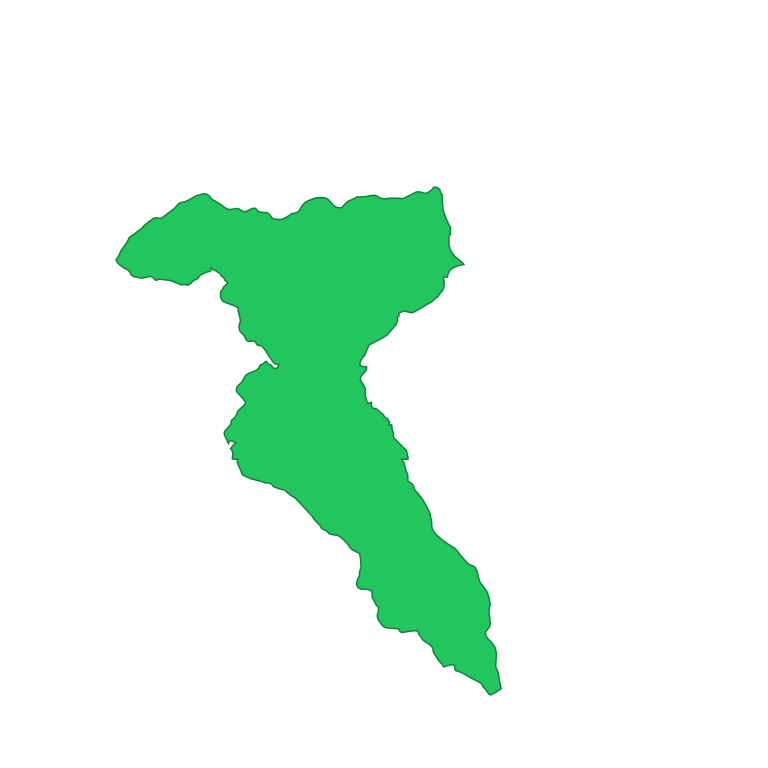 outline of Sativasur, Boyacá, Colombia, rotated 221°
{"feature_id": "7082276B82501132437521", "entity_name": "Sativasur", "entity_type": "district", "adm_level": 2, "iso_a3": "COL", "parent_name": "Colombia", "parent_adm1": "Boyacá", "projection": "mercator", "projection_center": [-72.718, 6.063], "detail": "fine", "context": "isolated", "style": "filled", "palette": "green", "viewbox_px": 768, "rotation_deg": 221, "n_neighbors": 0, "source": "geoboundaries", "source_scale": "gbopen_adm2", "svg_char_len": 6167}
<svg xmlns="http://www.w3.org/2000/svg" viewBox="0 0 768 768"><g transform="rotate(221 384 384)"><path d="M475.6,565.1L475.4,561.8L475.9,559.2L477.0,556.2L478.3,554.7L483.0,552.5L485.5,550.3L490.7,537.6L491.6,536.1L496.7,532.3L500.9,528.6L504.1,525.1L507.0,522.7L509.8,521.5L512.9,521.1L514.8,520.3L517.4,517.8L520.9,513.2L527.1,507.3L527.8,505.9L528.3,504.1L531.0,498.4L531.5,494.7L531.6,489.6L532.3,488.5L534.7,486.7L537.1,485.9L540.0,485.8L546.2,486.6L548.0,486.5L550.6,485.9L555.7,481.6L557.6,479.7L561.8,471.9L562.6,469.7L562.7,464.8L561.7,458.6L562.0,457.2L563.5,454.2L565.4,452.3L566.6,447.4L567.9,443.6L569.1,441.3L570.7,439.7L575.5,436.1L577.4,436.0L581.7,436.8L584.0,436.8L584.9,436.5L589.9,432.5L592.4,431.7L593.3,431.7L594.9,432.2L596.6,432.1L597.8,431.1L598.7,429.7L601.2,424.0L602.5,422.3L604.1,421.6L608.8,420.9L610.6,419.5L614.7,414.6L615.8,413.9L618.1,413.0L620.3,412.6L623.6,412.5L631.4,411.4L634.6,410.4L638.6,411.2L641.0,411.2L642.7,410.8L644.1,410.0L645.1,409.0L649.0,403.3L651.9,395.3L654.0,390.4L655.1,389.5L657.0,386.5L657.3,385.1L657.3,379.9L657.6,378.0L660.2,365.1L661.0,363.2L661.6,362.1L664.2,360.6L665.2,359.7L666.4,358.2L667.0,356.5L669.0,346.8L668.9,343.6L669.3,340.7L670.1,338.1L670.7,333.6L671.7,330.6L672.3,327.7L671.0,322.8L670.0,312.4L668.0,305.6L667.8,302.0L664.7,300.7L663.0,300.5L656.5,300.9L652.8,301.9L651.3,302.1L649.1,301.6L646.4,300.5L644.8,300.5L642.6,301.2L637.2,304.3L635.8,305.4L633.2,308.7L631.9,311.0L630.0,312.4L627.3,313.0L625.5,312.4L624.6,312.5L623.9,312.9L622.5,315.4L621.3,316.5L613.0,322.0L602.0,325.8L598.9,329.0L597.5,329.3L596.6,330.5L596.6,331.3L596.0,331.9L595.4,337.9L593.9,340.4L593.9,345.3L593.7,346.6L591.4,351.9L589.2,354.8L589.5,356.6L590.6,358.4L587.8,358.2L585.7,359.1L582.6,359.2L580.5,359.6L579.5,359.6L577.8,358.9L574.8,359.1L572.1,357.9L568.4,358.1L568.4,353.8L568.7,352.5L567.8,348.6L567.9,346.4L565.1,343.2L563.1,341.7L561.7,341.1L559.2,340.7L549.0,344.6L544.9,345.7L543.9,345.8L542.5,343.9L534.3,338.0L533.4,336.9L532.0,333.6L531.1,332.2L529.0,330.3L527.2,329.3L520.7,328.6L517.1,326.9L515.6,326.9L514.2,327.2L510.3,331.2L509.0,331.2L504.8,330.4L501.6,332.5L501.0,332.5L496.5,331.8L488.5,329.4L481.0,327.6L478.6,328.1L476.2,329.7L475.0,326.8L475.3,325.5L476.6,324.1L478.4,323.5L482.2,324.1L483.7,323.1L484.3,323.0L485.7,323.6L487.9,323.8L488.5,321.8L488.2,319.9L489.9,317.3L489.0,314.1L489.2,311.3L490.8,307.3L492.8,304.2L494.0,300.1L493.9,298.5L492.6,292.6L493.1,286.0L492.3,284.0L491.6,282.6L490.7,281.6L480.6,280.4L477.2,279.5L476.1,278.9L475.7,276.3L476.6,267.5L475.4,265.0L474.7,261.5L475.2,256.1L473.6,253.7L473.1,252.0L473.3,243.8L472.1,241.7L470.4,240.6L462.3,237.0L463.0,239.3L462.3,240.7L461.8,241.1L457.0,242.5L457.6,238.8L457.5,234.7L457.0,234.4L455.6,234.6L454.5,233.6L452.8,232.9L449.5,228.1L448.6,228.2L445.1,231.2L443.5,228.8L442.3,228.0L434.8,224.5L432.3,222.9L429.8,222.8L422.4,225.1L412.0,230.3L409.3,231.1L405.2,234.3L402.7,234.5L400.2,234.1L398.5,234.5L393.8,236.4L389.8,238.7L381.7,238.7L376.1,239.7L358.6,237.9L356.4,237.5L352.4,237.3L347.8,236.0L342.0,235.4L340.0,235.4L336.1,234.1L333.4,234.6L330.9,235.5L327.3,235.0L324.5,236.2L320.1,239.1L318.4,239.6L316.1,239.9L309.4,239.8L307.4,239.6L302.6,238.3L298.9,238.1L291.5,240.0L290.5,239.5L286.0,235.7L281.1,230.6L279.2,226.2L276.9,223.3L275.9,219.8L274.7,216.9L272.7,214.4L270.6,213.5L268.7,213.5L267.5,213.8L265.7,214.9L262.0,217.9L259.5,219.2L258.1,219.6L255.5,218.2L252.7,215.1L249.4,213.9L246.4,212.5L242.3,211.7L241.4,211.3L239.6,209.5L237.4,205.1L235.5,203.3L233.1,202.1L226.4,200.6L224.1,200.8L222.2,201.5L213.1,208.3L211.7,208.7L210.0,207.8L209.2,207.7L207.5,208.1L201.0,215.9L199.3,217.6L197.1,219.3L196.2,219.5L193.1,217.7L189.6,217.2L187.1,216.3L183.0,216.6L178.9,217.3L174.8,216.9L172.9,215.9L170.7,213.9L160.4,210.8L156.4,210.8L155.1,210.3L154.7,209.8L153.7,209.7L152.8,210.2L152.0,212.1L148.4,216.9L147.0,217.5L145.5,217.3L143.2,215.1L142.0,214.7L135.8,217.2L126.8,218.9L114.7,221.8L113.8,221.8L110.3,220.5L106.8,220.1L103.1,219.0L100.7,218.9L99.7,219.3L99.2,219.9L97.1,225.4L95.7,230.9L104.1,237.4L108.4,241.1L114.1,243.8L119.0,249.9L119.8,251.3L122.7,254.6L125.9,257.1L127.6,258.1L132.7,259.5L139.4,260.1L142.9,261.3L143.5,261.8L144.8,264.4L144.9,268.8L145.5,271.2L146.3,272.9L149.4,275.2L150.6,277.1L152.8,278.3L155.7,281.5L158.2,285.1L158.4,286.2L159.5,287.5L163.4,290.8L168.9,294.3L171.3,295.2L181.3,297.4L185.2,299.5L190.1,303.3L194.5,305.3L196.3,305.4L198.8,304.7L200.2,303.9L204.2,303.6L216.6,305.4L218.8,306.0L223.6,306.4L231.8,305.0L236.4,304.6L245.2,304.5L250.1,305.4L252.4,306.3L254.1,307.5L257.6,311.2L264.4,316.5L271.4,319.6L278.3,322.0L286.1,323.6L290.8,324.1L295.5,326.7L298.2,327.1L301.5,326.4L302.4,326.6L306.9,331.4L311.2,333.3L316.9,337.6L321.5,338.9L316.4,342.8L318.5,345.0L322.7,347.9L323.5,348.8L327.6,348.7L334.9,349.4L340.8,349.7L342.7,350.6L344.3,352.9L348.4,355.4L351.5,358.3L352.6,356.5L353.2,356.3L354.5,358.6L358.1,359.9L359.6,360.0L361.9,359.4L364.1,360.3L372.2,360.4L373.6,360.1L376.8,358.5L377.5,358.5L379.4,359.4L380.8,360.5L381.1,361.9L381.4,361.9L383.7,358.7L384.4,358.7L386.4,360.4L390.3,362.6L391.9,364.8L393.8,366.5L394.3,367.8L394.9,368.2L399.2,370.0L404.6,371.5L406.4,374.5L406.5,382.9L407.7,384.8L408.7,385.7L410.3,383.9L411.8,383.1L413.1,382.7L415.0,383.0L415.8,384.1L417.1,387.2L417.4,389.5L417.3,391.6L418.2,395.3L419.2,397.9L419.9,400.9L421.1,402.9L415.2,418.3L413.7,423.4L413.7,424.4L414.2,425.0L413.7,426.7L413.9,428.1L413.7,436.7L415.4,440.8L418.0,443.6L417.2,444.9L419.2,447.4L417.1,451.9L415.1,453.2L410.1,455.6L408.3,458.5L404.6,469.5L404.3,471.3L402.8,474.6L401.7,478.3L401.5,482.2L400.6,485.1L401.1,487.9L401.1,492.0L401.7,495.2L403.9,498.7L406.7,501.6L408.7,502.9L409.0,503.5L409.0,504.0L408.5,504.5L406.6,505.8L406.4,506.6L407.7,508.8L408.8,512.6L408.9,513.5L408.6,515.0L407.4,518.5L405.2,522.4L402.1,526.6L403.5,527.0L414.7,526.8L421.9,528.6L423.0,529.6L425.8,531.1L429.4,535.2L431.3,536.9L431.7,537.8L432.1,540.5L435.0,543.4L436.2,545.6L441.4,547.6L450.5,552.1L452.6,553.5L455.8,556.0L457.3,557.9L460.2,560.4L464.3,565.1L467.1,565.5L468.5,567.0L471.2,567.4L473.5,566.9L475.6,565.1Z" fill="#22c55e" stroke="#15803d" stroke-width="1.5"/></g></svg>